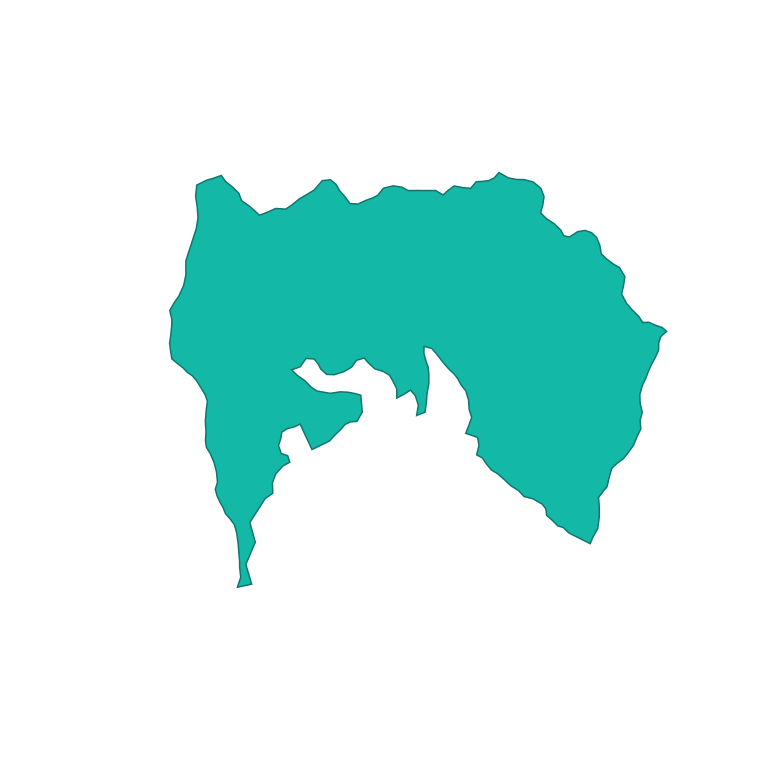 outline of Presidente Getúlio, Santa Catarina, Brazil, rotated 206°
{"feature_id": "56859067B44549542667052", "entity_name": "Presidente Getúlio", "entity_type": "district", "adm_level": 2, "iso_a3": "BRA", "parent_name": "Brazil", "parent_adm1": "Santa Catarina", "projection": "robinson", "projection_center": [-49.714, -27.036], "detail": "fine", "context": "isolated", "style": "filled", "palette": "teal", "viewbox_px": 768, "rotation_deg": 206, "n_neighbors": 0, "source": "geoboundaries", "source_scale": "gbopen_adm2", "svg_char_len": 3267}
<svg xmlns="http://www.w3.org/2000/svg" viewBox="0 0 768 768"><g transform="rotate(206 384 384)"><path d="M132.1,358.5L137.0,368.6L141.4,375.9L140.0,383.2L138.5,389.4L140.6,398.4L142.3,408.1L139.7,415.0L136.2,421.6L134.4,429.5L132.9,438.5L133.5,447.9L133.5,456.2L138.0,463.9L139.4,471.7L145.4,479.0L149.5,486.9L151.2,496.1L151.2,503.0L151.8,510.5L152.2,517.4L151.8,527.1L152.0,534.8L155.1,541.4L156.0,547.9L153.1,555.2L158.6,556.7L166.0,555.8L172.9,555.6L178.5,552.7L184.7,556.5L193.9,559.6L201.6,562.9L209.9,569.1L211.9,577.7L214.6,586.1L223.4,591.9L230.2,592.3L238.7,593.9L245.9,596.3L250.8,603.3L257.2,608.9L263.8,611.0L270.6,610.2L276.7,605.8L281.8,597.4L287.4,596.0L292.5,599.8L301.4,602.7L310.1,603.7L318.2,606.4L319.7,614.4L322.3,622.6L328.8,628.6L338.3,631.0L347.5,629.2L354.6,625.9L362.5,623.8L373.4,624.4L375.3,617.5L379.1,612.6L384.7,609.1L389.8,606.2L391.9,597.8L399.2,595.1L407.8,592.7L411.0,586.6L413.8,579.9L422.5,580.5L430.4,576.6L438.3,572.8L447.2,568.4L454.2,568.7L462.5,566.2L470.3,559.8L472.3,551.0L475.9,546.1L480.5,541.4L486.2,534.4L493.7,531.3L501.8,535.5L508.4,538.2L514.6,542.4L521.7,544.1L528.6,539.7L531.8,527.8L536.4,520.5L541.3,513.2L545.4,504.3L549.0,498.1L558.3,494.3L563.8,487.6L569.9,481.1L575.9,482.9L583.0,484.9L592.5,486.4L598.0,491.8L606.3,494.6L615.2,496.6L621.7,500.1L627.4,494.2L632.4,489.8L639.5,480.7L635.6,470.1L629.5,461.3L624.1,452.0L620.8,441.3L616.1,408.0L613.5,402.5L609.9,395.2L607.3,384.9L606.9,373.1L608.2,365.1L608.8,356.2L602.9,348.9L600.1,342.7L597.2,334.8L594.6,326.7L591.2,321.5L585.7,313.6L578.2,311.8L572.0,310.5L566.1,308.3L560.0,307.4L554.6,305.2L548.1,301.2L540.0,295.9L535.3,291.3L532.1,282.0L528.3,272.3L522.9,262.7L519.4,254.4L515.8,249.2L509.4,245.1L502.5,239.1L496.2,231.8L490.7,222.9L489.4,215.3L484.8,210.1L480.0,206.2L474.4,202.4L469.7,198.0L463.5,195.4L456.9,192.1L451.3,185.8L445.4,177.1L439.8,167.5L436.3,161.8L433.3,155.8L428.0,147.4L426.7,137.0L415.2,146.1L429.1,161.3L430.3,185.4L443.9,200.7L440.6,228.7L436.1,237.1L441.0,246.4L441.9,255.7L438.9,266.1L434.4,272.4L439.1,277.3L445.9,276.5L451.8,282.4L452.9,290.0L454.8,295.9L451.4,301.4L445.4,306.6L441.8,311.2L420.0,293.5L407.9,309.1L405.7,316.7L403.0,324.0L401.3,330.6L397.4,335.3L391.9,338.5L391.2,349.2L396.0,357.2L400.0,363.8L405.8,362.7L412.6,360.9L419.9,357.8L428.3,352.0L435.6,349.9L441.2,348.3L447.8,349.2L456.7,352.3L465.5,353.7L473.3,356.2L466.9,362.7L465.2,372.8L457.6,375.9L451.9,373.1L447.4,369.7L439.7,367.5L432.7,370.6L425.3,377.7L420.5,384.9L419.1,393.2L413.2,398.7L407.0,396.0L398.7,393.6L390.4,394.9L383.0,394.3L377.0,390.3L370.3,385.2L366.4,377.0L361.3,383.9L357.5,390.1L350.7,387.2L343.9,380.1L340.9,370.0L334.8,376.6L337.9,386.3L341.0,393.8L343.9,404.2L348.3,413.0L351.6,418.4L356.7,423.4L361.7,429.2L364.5,435.4L356.6,436.9L349.9,434.0L340.1,429.2L331.8,425.7L325.2,423.7L319.9,421.0L314.4,417.0L307.5,413.7L301.0,406.7L296.3,398.4L290.6,392.5L289.7,385.2L288.9,375.5L283.2,376.2L276.4,377.0L271.7,370.4L269.6,360.9L263.1,360.7L257.2,357.2L249.8,353.8L242.3,353.1L233.5,350.7L225.2,348.1L216.4,347.2L209.0,344.3L199.5,346.1L189.1,345.4L183.7,342.7L180.3,337.2L173.1,335.3L165.5,332.6L160.1,333.6L152.1,331.1L128.7,330.9L129.1,337.7L128.5,347.8L132.1,358.5Z" fill="#14b8a6" stroke="#0f766e" stroke-width="1.5"/></g></svg>